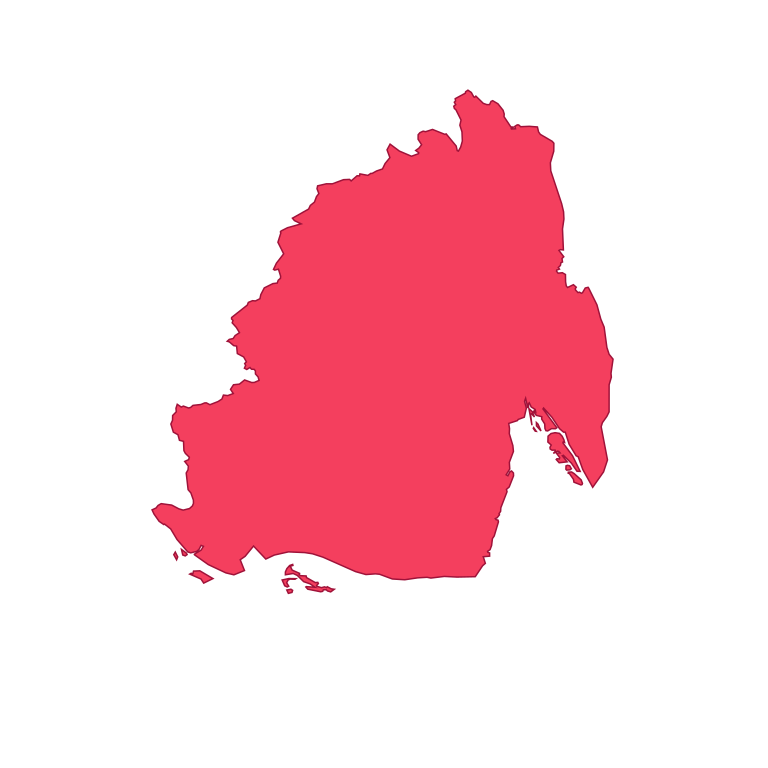 outline of Shariatpur, Dhaka, Bangladesh, rotated 60°
{"feature_id": "16705992B92388810566131", "entity_name": "Shariatpur", "entity_type": "district", "adm_level": 2, "iso_a3": "BGD", "parent_name": "Bangladesh", "parent_adm1": "Dhaka", "projection": "mercator", "projection_center": [90.365, 23.228], "detail": "fine", "context": "isolated", "style": "filled", "palette": "rose", "viewbox_px": 768, "rotation_deg": 60, "n_neighbors": 0, "source": "geoboundaries", "source_scale": "gbopen_adm2", "svg_char_len": 6182}
<svg xmlns="http://www.w3.org/2000/svg" viewBox="0 0 768 768"><g transform="rotate(60 384 384)"><path d="M476.5,573.9L477.3,564.5L481.6,550.7L490.4,536.9L495.3,530.8L503.5,523.4L532.3,502.4L540.0,494.9L544.1,486.4L546.5,483.0L557.0,474.3L563.9,463.9L568.7,451.8L572.9,443.4L575.5,440.4L580.8,428.0L587.7,417.3L596.5,401.3L590.7,389.5L590.0,385.9L583.2,384.4L585.9,378.6L583.1,377.0L581.8,378.2L580.7,378.0L580.5,375.0L577.7,371.6L572.1,367.4L570.7,364.5L560.6,353.8L558.9,353.3L557.5,354.8L556.2,354.9L556.4,352.9L555.0,349.4L553.8,349.2L552.6,346.7L549.6,344.7L538.8,331.3L536.5,330.7L535.8,327.1L528.3,317.7L525.8,316.4L523.1,317.0L522.9,318.6L525.4,322.6L523.7,323.6L520.5,317.6L514.5,314.6L507.1,305.6L501.8,303.2L489.6,300.3L485.4,297.6L480.5,295.7L482.4,286.8L481.8,285.5L482.9,279.1L476.1,272.8L469.2,270.9L467.2,268.5L476.1,271.2L476.3,270.4L473.4,268.9L472.9,267.6L477.5,268.0L481.6,265.8L484.0,266.6L482.2,267.3L482.8,268.2L487.3,267.8L491.2,263.7L493.2,265.0L498.9,264.8L503.1,266.9L505.4,267.1L506.5,265.7L506.4,261.3L508.5,257.8L508.3,256.2L485.1,258.8L484.6,257.8L496.8,255.2L510.5,254.3L515.4,252.6L516.4,251.1L528.8,253.8L542.2,253.5L544.1,252.2L557.4,254.6L577.8,254.9L569.9,237.8L561.5,228.4L529.6,217.3L526.7,214.2L523.5,207.2L520.7,203.0L497.2,189.4L491.8,183.7L488.3,182.1L477.0,173.2L470.9,174.2L463.8,172.7L444.8,164.9L436.2,163.8L421.9,160.0L403.4,158.8L402.3,158.9L401.5,161.7L404.2,166.5L404.1,167.7L402.2,168.8L401.8,170.3L398.5,171.1L397.2,170.8L396.3,169.1L392.7,170.3L392.2,176.8L390.2,177.1L386.4,175.7L379.9,172.1L376.8,173.9L375.1,177.8L372.6,178.2L371.7,177.5L372.2,174.6L370.2,174.8L369.6,172.0L367.4,170.1L367.6,168.4L364.3,167.1L363.7,164.7L355.8,165.7L355.8,164.1L357.6,161.6L339.0,151.9L331.1,145.7L324.7,142.4L316.7,140.0L282.8,133.0L275.6,129.3L267.3,120.6L260.4,116.5L257.9,117.0L246.0,123.8L243.0,124.1L238.1,122.6L233.5,129.3L229.5,137.0L227.0,137.8L226.2,139.1L226.3,141.8L228.7,142.5L226.9,146.1L226.3,146.0L226.3,143.3L224.8,145.6L212.5,146.4L210.3,144.9L206.5,144.0L198.3,145.2L193.0,148.2L192.8,150.0L194.8,152.9L193.4,155.3L190.6,157.7L180.6,160.5L181.0,162.1L180.2,162.7L175.2,162.6L171.5,164.4L171.7,167.2L172.8,168.1L172.5,179.7L174.7,180.5L175.1,182.2L177.9,182.2L178.3,184.7L180.6,185.3L182.5,184.6L193.9,185.3L197.8,188.9L204.6,190.4L212.8,194.7L217.2,199.2L219.5,203.1L218.5,203.9L214.0,202.5L198.5,205.1L198.2,206.5L187.8,214.7L186.3,221.8L184.6,223.7L184.3,227.2L185.2,229.8L189.1,232.1L195.6,231.8L197.2,235.9L197.6,239.8L201.0,238.3L201.8,238.9L200.5,246.3L190.0,254.2L179.3,258.8L182.7,264.3L190.9,265.7L193.6,272.8L197.0,277.8L195.8,283.9L195.7,289.0L195.0,290.1L195.3,293.6L190.0,299.8L191.5,301.1L190.2,303.2L191.7,310.9L189.6,311.5L186.8,316.9L184.8,328.7L181.8,333.8L179.2,342.4L181.4,344.4L186.5,345.2L187.9,348.7L191.7,353.3L192.5,358.5L194.8,361.8L194.6,380.4L197.7,379.9L203.9,375.7L200.4,389.4L200.0,396.6L200.5,397.7L201.6,397.8L208.2,405.0L221.1,405.8L225.6,416.8L229.5,422.4L230.7,421.7L231.8,418.0L238.9,419.6L240.7,420.8L241.3,423.8L243.2,426.0L241.5,430.0L240.9,439.6L245.0,446.0L248.1,448.8L247.8,453.8L246.1,456.2L245.5,460.7L247.3,462.9L250.2,482.7L251.4,483.5L253.5,483.0L255.1,484.9L261.2,483.6L267.3,483.5L267.6,488.7L269.2,491.9L268.0,495.7L268.6,498.4L270.2,496.9L275.6,495.0L277.5,492.7L284.3,495.8L290.4,492.0L296.0,492.1L296.6,494.4L298.7,494.5L300.5,497.0L302.8,495.6L302.7,491.8L304.9,491.4L306.4,489.1L308.3,488.8L311.0,490.3L314.9,489.5L318.4,490.4L317.8,495.5L316.6,497.8L310.8,502.7L311.8,509.3L309.4,514.7L311.9,519.6L316.9,519.3L315.9,525.1L313.3,528.6L316.0,531.9L316.2,536.5L314.9,545.1L311.6,547.2L310.7,548.8L310.2,552.8L307.0,560.1L307.6,563.2L307.1,565.2L302.8,568.8L302.6,571.1L298.2,573.2L301.0,576.3L304.2,577.8L305.6,582.8L309.7,585.3L312.1,588.6L320.4,590.5L324.9,587.8L330.5,589.3L333.4,586.3L341.7,590.6L344.8,590.7L350.1,589.2L351.8,591.0L351.4,595.3L357.3,594.5L360.3,596.6L362.2,599.8L377.6,606.5L381.8,605.7L389.2,607.1L392.1,608.7L393.8,610.9L394.6,614.7L392.8,621.0L389.5,624.1L382.7,628.4L376.2,636.8L376.2,640.4L377.4,643.4L377.0,647.8L381.6,648.2L390.6,647.4L395.6,645.0L395.6,644.1L402.8,641.2L415.2,641.0L431.3,637.9L433.6,635.8L435.3,629.9L434.7,626.8L432.3,623.1L434.3,621.5L436.4,625.4L436.6,633.4L437.2,633.5L452.5,626.5L468.5,615.4L474.2,609.4L475.8,598.1L464.3,596.4L463.8,590.4L459.1,578.0L476.5,573.9ZM524.4,258.5L523.8,257.7L524.9,256.8L522.3,256.1L518.4,255.8L514.5,256.7L511.7,260.2L510.4,264.1L511.2,268.0L516.2,271.1L520.5,269.7L521.8,271.9L523.4,272.6L525.3,271.6L526.8,268.9L527.8,269.1L528.8,272.0L528.9,267.3L529.8,266.3L531.7,266.0L530.1,269.3L535.5,268.6L536.6,269.6L535.2,271.6L535.5,272.6L539.8,271.7L543.0,264.3L535.3,265.5L535.4,264.3L546.2,261.3L556.1,260.5L557.8,257.8L540.4,256.6L524.4,258.5ZM535.0,536.4L537.4,534.1L536.9,529.7L535.0,532.1L531.2,534.5L531.6,535.5L529.9,537.0L529.1,540.0L525.6,543.3L524.8,543.1L524.0,540.6L522.7,540.5L521.6,542.8L512.9,547.9L511.3,547.4L508.2,552.2L506.7,552.8L505.8,551.8L499.2,556.6L496.1,556.3L494.7,556.9L495.6,553.6L494.6,553.3L494.0,556.4L495.3,560.4L497.5,563.4L499.9,564.8L502.7,557.4L506.4,554.8L515.0,552.4L520.1,548.0L525.6,545.3L520.6,552.6L520.7,553.2L523.6,552.6L532.3,542.7L532.9,540.8L531.9,539.4L533.3,536.9L535.0,536.4ZM467.0,629.4L453.7,636.9L450.8,642.5L452.8,644.5L451.5,645.6L451.5,647.3L461.4,640.0L466.3,639.7L467.0,629.4ZM554.3,268.2L561.3,267.6L564.0,268.6L569.9,263.9L570.1,262.7L569.3,261.8L565.6,261.2L556.7,264.1L554.0,265.5L552.5,268.5L553.4,269.1L554.3,268.2ZM509.1,570.9L511.4,569.3L511.5,567.6L507.5,567.7L505.8,565.1L506.0,562.9L508.6,558.7L508.5,557.7L504.9,563.7L502.8,570.2L509.1,570.9ZM487.8,270.2L482.0,269.4L477.8,270.8L493.7,276.5L483.4,272.2L483.5,271.1L487.8,270.2ZM431.5,643.8L433.5,642.1L433.3,639.8L431.6,639.7L426.0,642.1L431.5,643.8ZM549.9,268.9L551.3,265.9L551.1,264.1L547.6,264.1L546.1,265.8L545.9,267.3L548.8,269.1L549.9,268.9ZM517.5,571.5L518.5,567.9L517.0,566.3L515.2,567.2L513.8,571.2L517.5,571.5ZM432.5,651.5L430.6,649.1L425.2,648.8L426.7,651.4L432.5,651.5ZM495.7,270.7L493.6,271.3L496.5,272.9L503.2,271.5L495.7,270.7ZM500.5,276.6L501.1,275.8L496.6,276.2L497.1,276.9L500.5,276.6Z" fill="#f43f5e" stroke="#9f1239" stroke-width="1.5"/></g></svg>